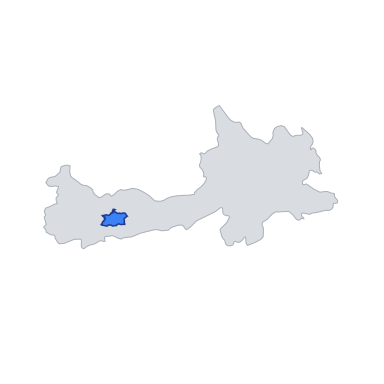 Phine, Savannakhét, Laos (highlighted), rotated 119°
{"feature_id": "54806243B87203647312357", "entity_name": "Phine", "entity_type": "district", "adm_level": 2, "iso_a3": "LAO", "parent_name": "Laos", "parent_adm1": "Savannakhét", "projection": "albers", "projection_center": [105.988, 16.434], "detail": "fine", "context": "in_parent", "style": "filled", "palette": "blue", "viewbox_px": 384, "rotation_deg": 119, "n_neighbors": 0, "source": "geoboundaries", "source_scale": "gbopen_adm2", "svg_char_len": 7242}
<svg xmlns="http://www.w3.org/2000/svg" viewBox="0 0 384 384"><g transform="rotate(119 192 192)"><path d="M141.8,63.4L143.3,66.3L150.6,74.3L151.9,76.5L154.5,78.2L156.7,85.2L157.7,85.6L158.9,85.2L159.9,84.2L160.7,81.5L161.2,81.2L162.0,83.5L164.1,84.2L165.0,85.2L165.2,86.9L164.9,88.6L163.1,92.5L162.0,97.9L169.1,109.4L172.1,111.0L179.4,113.0L184.3,115.6L186.6,115.0L188.8,112.2L191.5,110.6L196.4,108.2L197.8,108.1L200.5,109.1L205.0,112.0L211.7,117.4L211.4,118.8L210.2,120.2L206.6,122.3L205.4,123.7L206.1,124.2L209.1,124.5L212.6,125.8L213.7,127.2L214.3,130.4L214.9,131.0L218.2,130.6L219.2,131.1L220.4,132.1L221.6,134.8L221.5,136.8L218.2,140.3L217.8,142.3L216.1,144.8L211.6,149.0L210.4,149.2L202.1,146.8L195.5,147.1L194.9,148.0L196.0,150.5L196.3,153.0L195.3,154.9L191.4,157.4L191.3,158.4L192.0,159.6L197.6,161.9L215.2,174.1L223.2,176.4L226.8,178.0L227.7,178.8L227.6,179.9L226.7,181.2L225.9,183.6L225.9,185.0L226.7,186.4L228.1,188.4L233.1,193.0L236.7,194.1L240.5,199.4L241.7,204.0L243.5,206.9L252.8,216.9L260.5,223.0L265.1,229.6L267.4,231.0L268.1,233.4L268.7,240.4L271.4,243.8L272.0,245.2L273.1,246.3L274.4,246.5L277.2,244.2L277.7,244.5L278.9,248.2L280.1,249.5L284.2,251.7L288.6,256.1L290.9,257.7L293.9,259.0L294.3,260.3L293.8,261.8L292.9,262.7L287.8,265.3L287.1,266.4L290.5,272.0L299.0,279.0L301.7,283.1L301.1,285.2L298.8,289.3L297.1,290.4L296.6,291.7L298.0,295.0L297.8,300.1L296.2,301.3L294.8,304.5L293.7,304.7L291.1,303.6L285.7,309.1L283.3,308.8L280.6,311.8L277.1,312.2L274.6,310.0L269.4,306.4L267.5,304.2L265.9,306.1L263.2,308.0L259.3,307.3L258.3,310.0L257.5,310.5L252.8,311.0L252.0,311.4L252.7,313.9L255.5,318.0L256.3,320.4L254.6,324.4L249.7,324.3L247.6,322.7L244.8,319.3L238.6,317.1L234.5,318.6L233.2,318.6L230.1,315.8L228.9,313.9L228.2,311.3L233.0,309.1L235.4,307.4L237.0,305.6L237.6,303.8L238.4,296.0L239.1,293.3L238.7,289.9L237.5,287.3L237.5,283.3L238.1,280.1L239.9,278.5L241.2,276.2L242.0,271.0L241.4,269.7L239.6,268.4L236.7,267.2L234.8,265.6L234.0,263.8L234.1,262.2L235.0,260.8L232.8,259.2L227.4,257.5L224.4,255.4L223.8,253.0L221.6,249.9L217.7,246.0L215.8,240.4L215.6,233.1L216.1,227.2L217.8,220.3L215.6,215.3L213.1,212.7L209.7,210.8L206.5,208.0L203.4,204.4L199.8,199.0L195.5,191.9L192.7,188.8L191.2,189.5L188.1,188.8L183.3,186.7L179.2,185.6L175.7,185.4L173.4,185.8L172.3,186.9L172.2,187.9L173.1,189.0L172.6,189.8L170.7,190.3L169.2,191.5L167.5,194.0L166.3,197.4L164.5,198.7L161.8,198.9L159.1,199.8L156.4,201.4L155.2,202.7L155.3,203.5L154.7,203.7L153.5,203.2L152.9,202.1L153.0,200.3L151.6,199.1L148.9,198.5L145.8,196.5L139.9,191.6L138.6,191.3L136.6,192.5L134.0,195.2L131.9,196.2L130.2,195.6L128.9,196.6L128.0,199.0L126.3,201.0L118.1,206.0L110.7,212.6L108.9,213.2L104.6,211.2L103.2,209.8L109.5,196.1L110.5,192.8L110.4,188.4L108.0,184.6L107.9,183.5L108.3,182.4L111.5,178.2L115.3,167.2L115.2,163.8L113.7,160.0L113.0,156.4L113.7,151.5L113.5,149.6L111.9,148.7L106.5,147.6L103.3,148.3L101.8,149.5L99.9,150.3L96.5,150.7L93.3,149.0L90.6,146.1L90.1,142.7L93.7,135.4L94.6,132.6L94.5,131.2L94.0,129.8L93.1,129.6L91.5,127.8L89.9,124.7L88.3,123.3L86.8,123.5L85.4,124.6L83.0,127.4L82.3,127.0L84.6,116.9L86.6,112.6L88.9,110.7L91.3,109.9L93.7,110.3L95.8,110.0L97.5,109.0L97.4,108.4L95.4,108.2L94.6,107.0L95.1,104.8L96.0,103.4L97.4,102.8L98.8,100.7L100.1,97.0L101.7,95.2L103.5,95.2L106.7,93.7L111.1,90.6L112.9,87.6L114.5,89.1L113.8,92.6L114.7,93.3L115.1,94.6L114.8,96.6L115.1,98.2L115.8,99.1L116.7,99.5L121.4,98.2L124.3,98.1L128.9,100.8L131.7,98.9L131.7,98.2L129.5,95.8L130.4,86.9L130.2,80.1L126.5,75.0L125.8,73.0L125.4,69.7L124.4,66.9L127.2,64.7L128.8,60.6L130.7,59.6L131.3,59.8L133.6,62.9L136.6,61.4L138.9,61.5L140.8,62.4L141.8,63.4Z" fill="#d9dde1" stroke="#a8b0b8" stroke-width="1"/><path d="M258.7,243.0L258.5,242.8L258.3,242.5L258.2,242.4L258.1,242.2L258.0,241.8L257.9,241.8L257.8,241.7L257.7,241.7L257.5,241.8L257.4,241.9L257.2,241.9L256.9,241.8L256.7,241.7L256.4,241.5L256.3,241.3L256.1,241.2L255.9,241.0L255.7,240.9L255.4,240.7L255.3,240.4L255.2,240.1L255.2,239.9L255.2,239.7L255.2,239.4L255.2,239.2L255.1,238.8L254.9,238.5L254.6,238.0L254.5,237.8L254.3,237.4L254.2,237.2L253.9,236.9L253.7,236.6L253.5,236.4L253.3,236.1L253.2,235.8L253.1,235.6L253.0,235.2L252.8,235.3L252.6,235.3L252.4,235.5L252.1,235.8L251.9,236.0L251.7,236.2L251.6,236.3L251.6,236.5L251.4,236.6L251.2,236.6L250.8,236.8L250.5,236.9L250.2,237.1L249.9,237.2L249.7,237.3L249.4,237.9L249.3,238.0L248.9,238.2L248.5,238.3L248.1,238.4L247.9,238.4L247.6,238.3L247.3,238.1L247.1,238.1L246.9,237.9L246.6,237.7L246.4,237.6L246.0,237.6L245.9,237.5L245.6,237.5L245.3,237.4L245.1,237.3L245.0,237.2L244.8,237.1L244.5,236.9L244.4,237.4L244.2,237.8L244.0,238.1L243.8,238.5L243.7,238.6L243.2,239.7L243.1,239.9L243.0,240.0L243.0,240.3L243.1,240.5L243.2,240.9L243.4,241.4L243.5,241.7L243.7,241.9L244.0,242.4L244.1,242.5L244.3,242.6L244.5,242.8L245.1,243.4L245.2,243.6L245.3,243.8L245.4,244.2L245.4,244.3L245.6,244.8L245.7,245.2L245.7,245.3L245.8,245.4L245.8,245.5L246.2,245.7L246.5,246.1L246.7,246.7L246.8,247.8L246.7,248.2L246.6,248.7L246.7,249.0L246.7,249.5L246.7,249.8L246.7,250.2L246.6,250.5L246.3,250.7L246.2,250.7L246.1,250.8L246.0,251.0L245.9,251.0L245.7,251.1L245.4,251.0L245.3,250.9L245.2,250.9L244.9,250.8L245.0,251.0L245.0,251.3L244.8,251.4L244.8,251.5L245.0,251.9L245.1,252.0L245.3,252.0L245.5,252.1L245.5,252.3L245.5,252.5L245.9,252.4L246.1,252.4L246.3,252.3L246.5,252.4L246.8,252.4L247.1,252.2L247.3,252.1L247.5,252.2L247.7,251.9L247.8,251.9L247.9,251.7L248.0,251.6L248.0,251.3L247.9,251.2L248.0,250.9L248.3,250.9L248.4,251.0L248.5,251.0L248.6,251.3L248.6,251.5L248.6,251.9L248.6,252.0L248.9,252.2L249.0,252.2L249.1,252.3L249.3,252.3L249.5,252.5L249.8,252.7L250.0,252.7L250.2,252.4L250.3,252.4L250.5,252.4L250.7,252.5L250.9,252.6L251.0,252.8L251.3,252.9L251.6,252.9L251.7,253.0L251.9,253.0L252.2,253.0L252.3,253.1L252.5,253.2L252.6,253.3L252.7,253.5L252.8,253.6L253.0,253.8L253.1,254.4L253.2,254.7L253.3,255.0L253.3,255.3L253.3,255.6L253.5,255.9L253.7,256.2L253.9,256.3L254.4,256.9L254.6,257.1L254.8,257.3L255.1,257.6L255.3,257.9L255.6,258.3L255.8,258.5L256.0,258.7L256.1,258.9L256.2,258.7L256.3,258.6L256.4,258.3L256.4,258.2L256.5,258.1L256.5,257.9L256.5,257.7L256.4,257.7L256.3,257.4L256.2,257.1L256.2,256.9L256.2,256.7L256.2,256.4L256.2,256.2L256.3,256.1L256.2,256.0L256.2,255.9L256.3,255.8L256.3,255.7L256.5,255.5L256.8,255.5L257.0,255.5L257.3,255.4L257.3,255.2L257.5,255.0L257.8,255.1L257.9,255.3L258.0,255.4L258.0,255.5L258.1,255.4L258.3,255.2L258.5,255.0L258.6,254.9L258.8,254.8L259.0,254.9L259.1,255.0L259.5,255.2L259.6,255.3L259.8,255.3L260.0,255.2L260.3,255.0L260.5,255.2L260.5,255.3L261.0,255.6L261.3,255.5L261.7,255.7L262.1,255.6L262.4,255.4L262.9,255.5L263.5,255.3L263.9,255.3L264.0,255.5L264.3,255.7L264.4,255.8L264.5,255.8L264.6,255.7L264.6,255.3L264.7,255.0L264.6,254.7L264.5,254.4L264.5,254.2L264.3,254.0L264.3,253.8L264.2,253.4L264.1,253.2L263.2,250.2L263.1,249.9L262.9,249.7L262.7,249.5L262.4,249.4L262.0,249.4L261.8,249.4L261.7,249.4L261.4,249.1L261.0,248.4L260.9,248.2L260.8,247.9L260.5,247.5L260.4,247.2L260.2,246.8L260.2,246.5L260.2,246.3L260.2,246.0L260.2,245.7L260.3,245.4L260.3,245.1L260.2,244.9L260.1,244.7L259.8,244.4L259.6,244.1L259.4,243.9L259.2,243.7L259.0,243.4L258.8,243.1L258.7,243.0Z" fill="#3b82f6" stroke="#1e3a8a" stroke-width="1.5"/></g></svg>